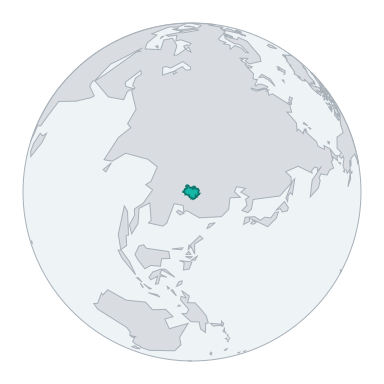 the Earth from above Guizhou, rotated 49°
{"feature_id": "CHN-1153", "entity_name": "Guizhou", "entity_type": "Province", "adm_level": 1, "iso_a3": "CHN", "parent_name": "China", "parent_adm1": "", "projection": "orthographic", "projection_center": [106.929, 26.939], "detail": "fine", "context": "on_globe", "style": "filled", "palette": "teal", "viewbox_px": 384, "rotation_deg": 49, "n_neighbors": 0, "source": "natural_earth", "source_scale": "10m", "svg_char_len": 14770}
<svg xmlns="http://www.w3.org/2000/svg" viewBox="0 0 384 384"><g transform="rotate(49 192 192)"><circle cx="192" cy="192" r="169" fill="#eef3f6" stroke="#a8b0b8"/><path d="M347.3,255.1L347.0,256.1L346.9,256.3L347.3,255.1ZM277.4,46.2L277.5,46.3L278.7,47.1L270.0,44.5L271.0,50.2L276.9,55.0L271.3,52.0L286.2,63.7L290.3,70.9L282.2,61.0L278.7,58.8L279.8,62.6L276.5,61.2L275.1,62.4L271.0,60.6L266.6,55.5L263.9,54.4L264.8,57.2L261.3,57.5L260.4,53.5L254.2,53.8L245.7,46.5L246.4,39.1L238.3,35.4L230.0,29.1L227.4,28.9L222.5,27.1L217.7,26.4L217.5,25.9L213.8,25.8L214.9,26.5L213.6,26.8L210.8,26.5L210.1,25.7L211.4,25.7L209.8,25.3L210.6,25.1L208.6,25.1L208.1,24.4L204.5,24.9L200.7,24.1L201.5,23.8L206.8,24.1L220.1,25.4L232.1,27.9L243.9,31.2L255.4,35.4L266.6,40.4L277.4,46.2ZM350.5,133.9L349.2,130.8L349.6,131.3L350.5,133.9ZM348.7,130.0L349.1,130.8L348.8,130.3L348.7,130.0ZM348.7,130.2L348.8,130.6L348.7,130.2ZM348.8,131.1L348.7,130.5L348.8,130.7L348.8,131.1ZM348.5,131.4L348.3,131.4L348.1,130.5L348.5,131.4ZM280.2,47.9L279.8,47.8L277.8,46.5L280.2,47.9ZM278.5,47.9L276.6,46.6L280.0,48.2L280.0,48.4L278.5,47.9ZM281.9,59.0L280.9,57.1L283.0,59.5L281.9,59.0ZM275.6,62.9L277.0,64.0L275.7,64.2L275.6,62.9ZM206.3,23.6L205.6,23.6L203.8,23.5L204.1,23.5L206.3,23.6ZM268.3,61.7L265.8,62.0L267.6,60.8L268.3,61.7ZM201.2,23.3L208.5,23.9L210.4,24.1L207.4,24.0L201.2,23.3ZM263.8,61.5L257.9,62.6L260.4,64.9L250.0,59.4L258.5,60.0L260.3,58.1L261.3,60.2L263.8,61.5ZM216.4,26.8L215.1,26.1L218.7,27.0L216.4,26.8ZM219.0,27.3L231.9,30.4L232.4,31.7L228.0,30.2L230.7,32.4L224.5,31.4L221.7,30.0L222.6,29.3L219.6,29.6L219.0,27.3ZM245.3,56.4L243.2,56.1L244.5,55.5L245.3,56.4ZM213.3,27.0L215.9,27.3L216.5,28.4L211.5,27.9L212.9,27.7L213.3,27.0ZM234.4,33.6L233.9,34.5L228.8,33.9L228.0,34.2L224.4,31.5L234.4,33.6ZM211.3,27.3L208.9,27.6L206.1,27.0L210.9,26.7L211.3,27.3ZM218.8,29.0L218.8,29.5L217.1,29.0L218.8,29.0ZM194.8,25.5L197.8,25.6L198.4,26.1L194.8,25.5ZM208.1,27.8L209.1,28.0L209.7,28.3L207.5,28.5L208.1,27.8ZM221.1,31.4L219.1,31.1L222.3,32.5L218.6,32.3L216.9,30.7L216.1,31.3L215.0,31.3L214.8,30.0L221.1,31.4ZM207.1,29.6L203.7,27.8L197.8,27.3L197.2,26.8L206.6,27.7L207.1,29.6ZM211.6,29.9L208.7,29.5L209.3,28.9L211.8,28.8L211.6,29.9ZM216.7,32.9L222.8,33.5L223.0,33.9L216.7,32.9ZM205.2,29.5L206.1,29.9L204.8,29.5L205.2,29.5ZM213.0,31.9L215.2,32.0L215.3,32.4L213.0,31.9ZM206.1,30.9L205.0,30.2L206.6,30.1L206.1,30.9ZM209.2,31.4L208.8,32.0L207.8,30.4L210.1,31.4L209.2,31.4ZM212.8,32.3L213.6,32.6L211.9,32.2L212.8,32.3ZM200.5,32.1L198.9,30.2L202.5,29.7L203.6,31.6L200.5,32.1ZM63.9,81.9L61.5,84.8L58.8,92.8L57.6,95.3L52.5,100.9L46.2,118.6L50.5,115.5L50.1,128.4L53.3,133.5L64.0,122.3L58.8,113.5L63.3,105.8L71.7,107.4L77.0,116.0L78.9,113.3L80.0,103.2L85.8,101.0L80.9,99.5L79.5,103.2L76.5,102.6L77.5,99.3L79.6,98.5L79.2,95.2L69.8,100.6L67.3,105.0L63.7,100.5L59.3,107.5L56.7,108.6L63.2,97.2L66.0,94.4L74.3,80.6L71.0,83.0L62.9,96.4L63.4,94.2L58.8,98.4L62.7,93.5L72.4,79.0L72.2,75.8L63.9,82.0L65.2,80.4L77.4,67.8L81.3,64.4L76.7,70.0L80.5,67.1L88.2,60.3L86.2,62.9L88.7,61.0L87.7,63.2L92.8,61.8L92.7,63.9L101.2,59.5L102.3,60.1L97.0,62.4L93.3,65.4L93.8,71.6L95.8,71.6L101.3,68.4L100.8,70.9L106.0,67.0L109.5,69.6L109.6,63.5L116.0,60.3L121.7,60.1L123.8,58.2L114.6,58.7L111.0,59.9L107.8,62.7L97.8,66.2L96.2,65.0L106.7,57.8L105.6,55.7L114.3,51.6L133.8,51.7L138.6,54.2L132.9,64.9L128.0,65.8L127.7,62.2L122.1,68.4L125.4,66.5L124.9,68.7L131.0,66.9L130.9,68.4L136.8,64.3L137.4,66.0L133.7,68.6L143.2,68.0L146.3,71.4L148.4,70.6L149.9,68.8L152.8,74.6L154.3,73.8L153.9,71.5L156.5,68.6L162.3,65.8L163.1,67.9L161.0,69.2L157.9,75.5L152.5,79.0L153.3,79.7L158.2,77.2L162.1,69.4L165.4,67.2L164.2,70.7L164.9,69.3L166.8,68.9L169.3,70.6L170.8,66.8L190.4,61.1L197.2,64.5L194.0,67.9L208.4,67.9L214.9,72.7L214.5,70.4L221.2,69.6L219.2,68.0L219.5,66.9L235.7,65.1L240.0,66.8L246.5,64.4L246.3,63.4L243.5,62.0L250.0,59.4L260.4,64.9L260.3,66.9L266.8,69.4L265.7,73.8L267.8,78.9L262.8,82.9L264.9,87.0L267.3,87.6L271.9,94.0L273.3,106.0L261.9,93.5L257.7,77.3L258.5,83.4L255.3,81.4L253.7,83.3L254.5,88.0L256.5,88.9L242.2,95.0L238.1,108.0L245.8,107.4L250.5,111.6L252.6,128.3L237.7,150.8L243.9,158.4L244.2,163.4L238.7,166.4L238.1,159.1L232.6,156.4L233.1,152.1L224.1,155.2L224.4,149.2L217.2,155.0L219.8,159.9L227.7,159.0L221.3,167.1L229.2,175.8L229.9,186.0L216.3,203.4L202.6,208.2L201.7,211.3L196.4,207.4L189.1,213.1L198.9,231.4L198.6,236.4L186.8,245.1L186.6,241.4L172.5,231.0L169.6,242.7L180.4,253.5L184.0,265.0L175.7,260.8L172.0,250.6L167.0,246.6L168.5,236.4L164.6,220.3L156.2,222.1L157.0,215.9L150.3,201.7L138.4,203.8L119.2,216.6L116.4,232.0L109.9,237.2L102.6,211.9L103.3,196.0L98.2,195.8L92.8,179.9L76.2,171.3L76.1,166.7L72.5,166.8L69.0,160.0L69.7,152.6L66.6,150.9L65.4,170.7L69.0,172.6L75.1,168.6L73.8,174.9L77.5,183.0L65.4,192.7L44.5,192.4L46.3,180.3L50.0,141.7L52.0,138.8L52.1,138.4L52.4,137.6L48.9,141.9L50.8,134.8L44.7,159.8L42.1,169.4L44.2,192.9L43.0,194.0L44.9,199.7L55.3,202.7L54.5,206.4L47.3,220.0L36.2,233.2L39.8,250.2L42.8,262.7L40.7,265.1L45.8,275.8L45.4,276.0L48.0,280.5L42.2,270.2L37.1,259.5L32.8,248.5L29.2,237.2L26.4,225.7L24.5,214.0L23.4,202.2L23.0,190.4L23.6,178.6L24.9,166.8L27.1,155.2L30.1,143.7L33.9,132.5L38.4,121.6L43.7,111.0L49.7,100.8L56.5,91.1L63.9,81.9ZM78.8,132.5L84.5,137.6L88.6,127.4L91.2,128.7L91.6,125.0L88.9,126.7L91.0,117.0L95.9,116.8L98.7,113.0L96.9,111.1L87.6,113.3L84.4,126.9L80.3,129.1L78.8,132.5ZM104.1,50.3L101.5,52.2L98.7,53.6L98.9,52.2L103.0,50.1L104.1,50.3ZM98.6,54.9L109.0,48.8L109.3,49.8L107.4,50.2L106.5,51.5L103.2,52.5L93.3,59.9L90.2,61.7L92.1,57.4L93.2,57.6L95.7,55.5L98.6,54.9ZM135.0,35.5L139.5,34.0L134.4,38.0L130.8,39.0L130.7,37.3L134.9,35.2L135.0,35.5ZM194.4,23.6L196.5,23.5L195.1,23.8L194.4,23.6ZM186.8,23.1L194.2,23.1L198.9,23.2L193.1,23.2L191.5,23.5L192.3,23.7L197.9,24.5L207.2,25.4L207.2,26.2L204.7,26.6L202.4,26.5L203.2,25.9L199.6,26.3L199.0,25.3L196.2,25.5L185.6,24.2L187.4,23.9L179.1,24.0L180.6,23.5L186.0,23.4L180.9,23.4L186.4,23.1L184.7,23.2L186.8,23.1ZM175.1,36.6L176.9,34.9L169.7,37.5L169.0,35.7L168.2,36.1L165.6,35.4L161.0,35.3L161.5,34.4L159.5,34.8L157.7,34.4L155.1,34.7L155.1,33.4L152.0,33.8L153.7,33.0L148.3,34.0L152.3,32.8L150.4,32.5L147.5,33.9L153.5,28.4L152.9,27.8L150.3,28.3L157.5,26.6L164.6,25.4L170.6,25.1L170.1,26.2L173.4,25.5L174.2,25.9L171.2,26.3L176.2,26.0L176.1,26.5L181.4,27.6L188.8,27.4L190.9,28.0L187.9,28.4L192.1,28.8L188.0,30.0L189.4,30.5L186.8,32.5L180.3,33.2L182.4,33.8L180.5,35.6L175.1,36.6ZM199.6,32.6L191.9,33.4L187.8,33.0L194.1,29.8L193.4,29.2L197.3,27.6L203.2,28.4L201.5,28.7L201.3,29.2L199.5,28.8L200.8,29.6L198.5,30.1L198.9,31.0L196.3,30.9L199.6,32.6ZM59.5,94.4L59.1,95.8L59.3,97.3L56.5,100.2L59.5,94.4ZM65.9,84.5L66.0,85.0L62.1,89.3L62.5,88.1L65.9,84.5ZM69.5,81.9L66.4,84.7L68.3,82.5L69.5,81.9ZM97.5,62.9L98.1,63.6L96.8,64.5L95.0,65.2L97.5,62.9ZM153.4,45.4L155.1,44.1L156.1,44.2L161.8,42.3L162.8,43.7L159.7,45.3L153.4,45.4ZM61.2,123.0L58.3,124.0L58.7,121.9L59.6,122.0L61.2,123.0ZM55.8,111.4L55.4,115.7L55.0,112.2L55.8,111.4ZM155.4,46.6L157.7,45.6L156.8,46.9L155.4,46.6ZM163.8,44.6L163.3,46.0L163.6,43.6L163.8,44.6ZM123.3,344.9L126.8,346.6L124.5,345.9L123.3,344.9ZM56.1,272.4L59.5,290.4L55.7,287.2L51.6,280.0L48.1,268.0L51.5,267.9L52.3,263.4L56.1,272.4ZM226.8,290.8L231.8,291.3L231.6,291.9L226.8,290.8ZM221.5,288.7L227.3,288.8L220.4,290.1L221.5,288.7ZM229.5,288.8L235.5,287.3L238.0,286.1L237.6,287.5L229.5,288.8ZM217.5,288.8L195.9,288.2L187.4,285.9L189.4,283.6L203.2,284.8L217.5,288.8ZM188.7,283.5L175.7,275.5L158.1,252.2L164.4,253.4L182.9,268.2L181.7,270.3L189.6,276.5L188.7,283.5ZM220.3,271.4L219.0,277.9L207.1,277.2L201.7,276.0L198.0,267.4L200.1,263.1L204.5,263.4L221.7,248.6L227.7,252.3L222.4,258.7L227.3,264.5L220.3,271.4ZM117.0,233.6L120.3,243.8L116.8,244.4L117.0,233.6ZM228.7,237.8L221.7,244.6L228.1,235.5L228.7,237.8ZM232.5,229.2L232.9,232.6L230.1,229.3L232.5,229.2ZM201.5,216.1L196.8,216.7L196.7,214.2L202.7,212.0L201.5,216.1ZM230.4,194.6L230.3,202.1L229.4,204.6L227.3,200.1L230.4,194.6ZM166.8,59.9L157.8,60.7L151.9,62.9L149.6,66.3L149.0,62.1L158.1,58.8L166.8,59.9ZM187.4,60.6L189.4,58.1L191.1,59.3L190.9,60.0L187.4,60.6ZM186.7,59.0L184.3,55.9L187.1,54.6L188.5,57.3L186.7,59.0ZM169.5,50.4L166.8,50.4L167.6,49.3L169.5,50.4ZM269.3,338.8L270.5,336.1L276.4,334.0L272.8,337.2L269.3,338.8ZM316.7,306.0L319.4,302.8L317.7,304.9L316.7,306.0ZM251.5,330.1L218.6,340.0L211.7,339.3L214.1,336.3L208.9,326.6L211.3,326.8L210.5,319.8L230.3,312.7L244.7,299.3L255.0,299.1L263.2,288.9L273.6,288.1L270.1,295.9L280.3,298.8L288.6,281.1L293.6,296.8L300.1,300.5L300.4,309.3L283.6,327.9L275.3,332.8L274.3,332.1L270.6,334.2L265.9,334.9L264.4,331.1L260.8,333.1L264.8,329.0L259.3,333.0L257.4,330.5L251.5,330.1ZM325.2,282.8L326.4,282.6L327.8,284.1L325.9,284.8L325.2,282.8ZM344.2,261.1L344.4,261.9L343.3,263.3L344.2,261.1ZM346.9,256.3L345.7,258.2L347.3,255.1L346.9,256.3ZM333.1,269.7L333.6,270.4L333.0,271.1L333.1,269.7ZM332.7,269.7L333.6,267.6L333.3,269.3L332.7,269.7ZM327.6,263.6L328.4,262.4L328.7,262.9L327.6,263.6ZM239.3,291.0L246.5,285.7L250.3,285.0L239.3,291.0ZM326.5,262.2L324.5,262.9L324.8,261.9L326.5,262.2ZM326.8,259.9L326.7,258.7L327.7,261.3L326.8,259.9ZM323.0,258.5L325.4,259.9L322.7,258.9L323.0,258.5ZM321.5,259.4L319.7,259.0L319.8,258.6L321.5,259.4ZM300.0,267.8L306.9,274.0L301.1,275.4L294.7,271.9L289.3,277.8L277.3,279.2L280.2,275.8L278.6,271.5L266.0,271.4L263.5,268.7L268.0,266.1L259.6,264.6L268.8,262.2L272.6,268.0L277.7,262.4L286.6,262.2L295.0,262.6L301.6,265.7L300.0,267.8ZM268.7,275.8L270.3,275.6L268.9,277.6L268.7,275.8ZM316.2,256.9L318.9,259.0L318.5,259.8L317.2,259.8L316.2,256.9ZM303.2,264.2L310.3,257.3L312.0,256.9L307.2,263.9L303.2,264.2ZM308.7,254.5L311.9,254.3L313.6,256.6L312.9,257.6L308.7,254.5ZM249.9,272.0L249.5,273.8L247.1,272.6L249.9,272.0ZM253.0,270.7L260.3,272.0L252.4,272.3L253.0,270.7ZM230.7,265.9L232.9,270.0L239.7,267.0L234.5,271.0L239.1,277.5L237.5,280.1L233.0,273.1L231.3,280.6L228.2,280.5L226.6,274.2L229.7,266.2L232.7,262.8L245.1,260.9L230.7,265.9ZM253.0,265.7L251.1,261.0L252.5,257.7L254.6,260.1L253.0,265.7ZM245.3,249.6L240.0,244.1L235.4,246.5L244.8,238.0L248.3,244.7L245.3,249.6ZM240.8,237.1L236.4,239.3L240.9,234.4L240.8,237.1ZM235.2,237.4L234.7,233.3L238.2,233.8L235.2,237.4ZM243.0,237.2L243.8,230.2L245.6,234.2L243.0,237.2ZM233.0,224.2L240.6,230.7L230.9,228.1L230.2,214.7L234.3,214.3L233.0,224.2ZM254.5,168.5L253.4,164.6L257.0,163.5L256.8,166.4L254.5,168.5ZM267.9,157.6L257.6,162.0L249.2,166.0L251.9,167.7L250.3,174.4L246.0,168.4L251.7,160.9L258.1,159.1L258.8,153.5L263.3,149.5L261.8,142.8L263.7,139.8L267.0,145.5L267.9,157.6ZM260.9,140.1L259.9,128.4L267.0,129.5L268.8,132.3L266.3,137.1L262.7,136.2L260.9,140.1ZM261.8,126.0L258.3,125.1L249.6,108.8L249.5,105.8L259.9,118.1L257.1,118.0L258.0,122.0L261.8,126.0ZM244.0,57.2L243.2,56.2L245.1,57.0L244.0,57.2ZM218.3,66.1L219.0,64.7L221.1,65.5L218.3,66.1ZM222.2,61.6L219.3,61.6L222.1,60.7L222.2,61.6ZM212.9,61.9L218.0,61.1L213.5,63.2L212.9,61.9Z" fill="#d9dde1" stroke="#a8b0b8" stroke-width="1"/><path d="M193.5,185.2L193.6,185.3L193.8,185.4L193.9,185.5L194.2,185.5L194.2,185.8L194.3,185.9L194.4,186.0L194.5,185.9L194.9,185.7L195.2,185.7L195.5,185.7L195.5,185.8L195.6,186.1L195.6,186.3L195.7,186.5L195.6,186.8L195.8,186.9L196.0,187.0L196.2,186.9L196.3,187.1L196.3,187.6L196.4,187.9L196.5,187.9L196.5,187.7L196.4,187.5L196.5,187.5L196.6,187.4L196.8,187.6L196.7,188.1L196.8,188.2L197.0,188.2L197.4,188.2L197.6,188.3L197.6,188.2L197.7,187.9L197.8,187.5L197.9,187.4L198.0,187.3L198.0,187.5L198.1,187.9L198.3,188.0L198.2,188.6L198.3,188.6L198.2,188.8L198.3,189.0L198.2,189.1L198.3,189.3L198.3,189.5L198.5,189.6L198.6,189.8L198.6,190.0L198.2,190.3L198.1,190.5L197.9,190.5L197.7,190.7L197.5,191.0L197.3,191.0L197.2,191.2L197.1,191.4L197.1,191.5L196.9,191.5L197.0,191.6L197.2,191.8L197.3,191.7L197.7,191.4L197.8,191.4L197.7,191.5L197.8,191.5L198.0,191.3L198.3,191.3L198.6,191.4L198.6,191.5L198.8,191.6L198.8,191.9L198.7,191.9L198.6,192.1L198.8,192.1L198.5,192.5L198.2,192.6L198.3,192.7L198.4,192.8L198.5,192.9L198.5,193.1L198.3,193.4L198.2,193.7L198.3,193.8L198.6,193.9L198.5,194.0L198.6,194.4L198.7,194.6L198.5,194.8L198.5,195.0L198.4,195.1L198.3,195.5L198.2,195.5L198.1,195.4L197.9,195.3L197.9,195.5L197.8,195.4L197.7,195.3L197.3,195.4L197.1,195.6L197.2,195.8L197.4,195.6L197.6,195.5L197.6,195.9L197.6,196.1L197.3,196.1L196.9,196.1L196.9,195.9L196.7,195.9L196.6,196.0L196.4,196.3L196.4,196.5L196.5,196.6L196.5,196.8L196.4,196.7L196.2,196.4L196.0,196.2L195.8,196.2L195.6,196.1L195.4,196.3L195.2,196.5L195.2,196.9L195.1,197.0L194.7,197.1L194.5,197.3L194.3,197.3L194.2,197.1L193.9,196.9L193.7,196.9L193.6,197.1L193.4,197.0L193.5,196.9L193.3,196.8L193.3,196.7L193.2,196.6L193.0,196.4L192.8,196.1L192.6,196.2L192.4,196.2L192.2,196.2L192.2,196.4L192.1,196.5L192.2,196.9L192.2,197.0L191.9,197.0L191.6,197.2L191.3,197.2L191.1,197.4L190.9,197.5L190.7,197.6L190.3,197.8L190.1,197.8L189.9,197.8L190.0,198.1L190.0,198.4L189.7,198.6L189.6,198.8L189.5,198.7L189.3,198.5L189.2,198.5L188.9,198.5L188.8,198.4L188.6,198.3L188.4,198.3L188.2,198.2L188.0,197.9L187.9,197.8L187.7,197.9L187.4,197.7L187.1,197.8L187.0,198.0L186.9,198.3L186.5,198.4L186.4,198.6L186.2,198.6L186.1,198.8L186.0,198.7L185.8,198.6L185.7,198.5L185.6,198.4L185.6,198.2L186.0,197.7L186.0,197.4L186.1,197.2L186.3,197.0L186.3,196.9L186.0,196.8L185.8,196.6L185.7,196.5L185.7,196.2L185.4,196.2L185.1,195.8L185.0,195.7L185.0,195.4L185.3,195.4L185.4,195.1L185.3,194.9L185.5,194.8L185.6,194.6L185.6,194.4L185.6,194.2L185.7,193.9L186.0,193.7L185.9,193.4L185.9,193.2L185.7,193.0L185.5,192.9L185.5,192.7L185.4,192.6L185.2,192.8L184.9,192.8L184.7,192.8L184.4,193.1L184.0,193.1L183.8,193.1L183.7,193.0L183.7,192.8L183.7,192.6L183.5,192.3L183.6,192.1L183.7,191.8L183.6,191.7L183.4,191.7L183.5,191.3L184.0,190.8L184.1,190.6L184.3,190.6L184.5,190.7L184.7,190.8L184.8,190.9L185.0,190.9L185.0,190.7L185.2,190.4L185.3,190.4L185.5,190.7L185.7,190.8L185.9,190.8L186.1,190.8L186.3,190.8L186.5,190.9L186.8,190.8L186.9,190.7L187.0,190.6L187.3,190.6L187.5,190.6L187.5,190.3L187.6,190.2L187.7,189.9L187.7,189.7L187.8,189.6L188.2,189.5L188.3,189.5L188.5,189.7L188.6,189.8L188.8,189.8L188.9,189.7L189.2,189.7L189.3,189.6L189.7,189.6L189.8,189.5L190.0,189.5L190.3,189.5L190.5,189.4L190.4,189.1L190.4,188.9L190.1,188.7L190.1,188.4L189.9,188.3L189.6,188.4L189.3,188.4L189.3,188.2L189.2,188.1L188.8,188.0L188.7,187.9L188.7,187.6L188.6,187.4L188.8,187.1L189.0,187.1L189.3,187.1L189.4,186.8L189.5,186.6L189.8,186.9L190.0,187.0L190.3,187.3L190.4,187.5L190.6,187.3L190.6,187.2L190.8,187.3L190.8,187.1L190.9,186.8L190.8,186.5L190.8,186.4L191.1,186.6L191.2,187.0L191.0,187.3L191.3,187.4L191.5,187.4L191.5,187.2L191.8,187.0L191.8,186.9L191.8,186.7L192.0,186.5L192.2,186.3L192.5,186.2L192.6,186.3L192.8,186.5L193.0,186.5L193.3,186.3L193.4,186.2L193.5,186.0L193.5,185.9L193.4,185.9L193.3,185.7L193.3,185.3L193.4,185.2L193.5,185.2Z" fill="#14b8a6" stroke="#0f766e" stroke-width="1.5"/></g></svg>